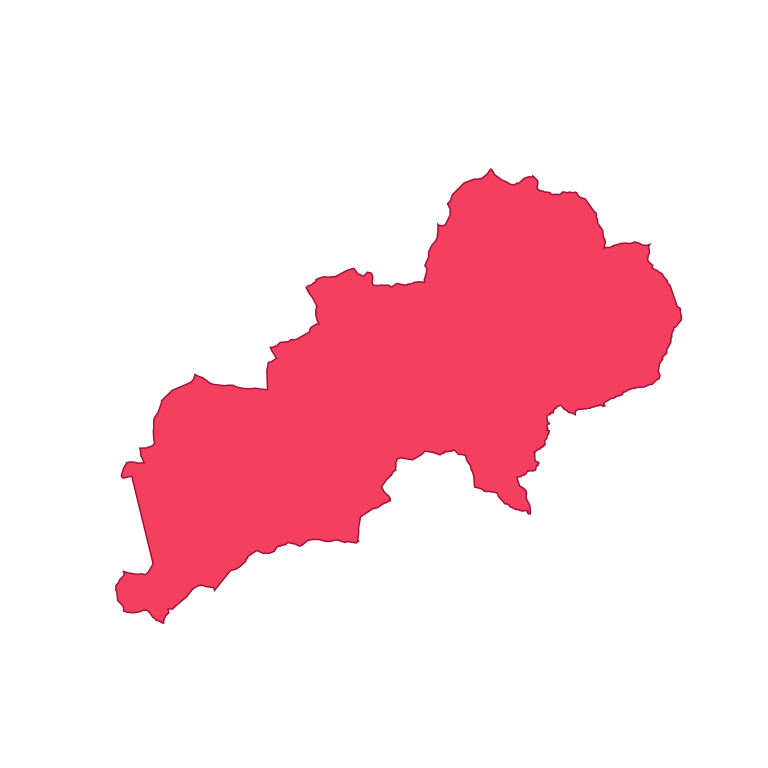 Sekyere South, Ashanti, Ghana, rotated 258°
{"feature_id": "2480657B66267254954762", "entity_name": "Sekyere South", "entity_type": "district", "adm_level": 2, "iso_a3": "GHA", "parent_name": "Ghana", "parent_adm1": "Ashanti", "projection": "robinson", "projection_center": [-1.514, 6.995], "detail": "fine", "context": "isolated", "style": "filled", "palette": "rose", "viewbox_px": 768, "rotation_deg": 258, "n_neighbors": 0, "source": "geoboundaries", "source_scale": "gbopen_adm2", "svg_char_len": 6153}
<svg xmlns="http://www.w3.org/2000/svg" viewBox="0 0 768 768"><g transform="rotate(258 384 384)"><path d="M358.9,667.7L364.9,673.1L368.7,674.1L370.5,675.4L372.3,675.6L375.0,676.9L376.0,678.3L379.0,679.3L379.2,681.3L384.9,688.1L387.0,688.8L393.6,689.0L395.5,689.5L396.4,689.4L398.7,687.0L420.6,684.3L424.1,682.4L426.4,682.5L429.5,680.5L433.7,679.0L435.7,677.3L436.9,675.4L438.6,674.7L439.0,673.4L441.7,670.4L444.2,671.5L448.3,668.3L450.6,667.7L454.7,669.1L457.0,671.0L463.6,671.4L465.3,673.0L464.9,669.9L466.2,665.6L468.5,663.1L470.8,659.1L470.2,654.2L471.6,649.5L472.3,644.4L471.7,642.0L472.0,640.7L471.5,636.3L470.5,633.8L471.5,629.3L471.3,627.5L476.8,630.1L479.7,629.9L482.1,629.1L488.9,629.8L496.8,626.5L501.0,627.1L503.0,626.0L504.7,626.9L506.7,627.1L510.1,624.9L522.5,619.6L523.4,619.0L525.7,614.6L528.3,613.0L530.8,612.4L531.8,611.0L532.0,608.0L533.2,605.1L532.8,603.7L534.7,599.1L532.8,595.4L534.2,589.8L534.2,588.2L534.9,587.0L536.9,585.9L538.4,581.0L539.7,579.5L540.7,576.7L542.9,574.6L545.7,575.0L547.9,576.2L551.0,576.5L556.7,572.8L555.7,571.6L556.6,569.0L556.2,564.2L552.1,557.3L552.9,556.1L551.7,552.7L553.0,549.1L555.8,546.3L558.8,542.0L565.4,536.0L567.0,535.2L569.3,534.8L572.1,533.3L570.9,531.5L568.1,528.9L564.8,522.2L565.0,517.6L565.6,514.6L564.0,504.2L554.8,490.1L549.4,487.0L547.1,483.6L541.6,485.0L535.8,484.0L526.9,477.0L526.7,473.5L527.9,470.6L529.0,470.0L522.0,468.5L515.5,466.2L512.6,463.5L509.8,459.7L504.7,455.7L502.2,454.7L499.1,454.2L491.8,448.8L490.8,448.7L488.0,450.0L483.0,448.1L477.4,445.0L475.4,445.1L475.1,444.6L476.5,440.4L477.1,435.3L476.5,432.3L476.6,427.7L476.1,427.3L476.8,423.9L479.7,417.6L477.1,411.5L479.5,409.3L480.0,407.8L480.8,403.0L481.4,401.6L481.5,399.0L482.7,394.2L483.7,393.7L486.7,393.7L488.7,394.7L492.4,395.4L495.3,394.3L496.8,390.9L494.4,387.7L494.0,386.4L494.4,384.9L495.9,383.6L497.0,381.4L503.4,378.6L502.9,371.7L499.2,358.7L500.1,351.5L501.4,347.5L500.9,342.3L500.1,339.1L499.1,339.0L497.9,337.8L497.6,336.0L496.2,334.2L495.6,329.2L494.3,327.9L487.9,329.8L482.9,332.1L475.6,334.2L473.4,334.2L470.2,332.6L465.3,331.6L459.4,332.0L456.3,332.8L456.6,330.1L454.9,325.0L452.8,322.7L450.4,322.1L446.0,307.8L445.9,305.8L446.8,302.2L445.3,299.4L446.2,291.1L443.9,287.5L443.1,282.6L443.5,280.5L439.8,281.2L431.5,284.1L429.1,278.0L429.2,275.4L421.5,272.2L402.7,268.9L405.0,261.4L406.6,257.6L407.2,251.9L408.6,246.6L410.9,240.6L414.2,235.7L415.0,232.6L415.5,227.6L419.3,216.5L421.2,213.8L427.5,208.4L430.2,203.9L432.5,201.1L427.6,198.2L426.0,195.4L424.8,190.8L421.9,175.7L414.0,163.0L411.8,162.4L403.2,157.1L398.9,152.6L396.5,151.2L389.0,149.7L385.7,148.5L376.8,147.2L374.0,147.4L372.0,145.2L371.4,142.8L370.9,137.7L372.0,131.9L368.8,131.9L364.7,131.3L356.9,133.1L357.6,127.5L359.6,123.0L360.5,119.6L360.6,116.1L355.7,111.7L348.6,107.9L346.2,109.0L346.3,118.1L256.1,120.8L249.0,114.3L247.7,112.3L247.2,110.7L248.6,107.7L249.1,103.5L250.1,100.1L251.4,97.4L251.8,95.8L254.8,90.1L252.1,90.3L250.7,89.7L247.5,84.8L244.6,82.8L243.6,80.9L242.6,80.0L238.3,78.8L236.1,79.4L227.6,78.5L221.0,82.6L218.6,82.7L216.2,82.0L214.1,85.4L212.3,91.3L212.0,97.2L212.8,101.9L211.8,105.3L208.9,107.4L204.0,109.3L202.7,110.7L199.9,112.3L199.4,114.2L196.6,117.1L195.9,118.7L198.5,119.3L202.5,122.0L205.0,125.9L208.8,125.9L207.9,130.4L210.8,135.1L216.8,146.5L222.5,153.4L224.2,156.4L225.3,160.6L225.1,163.9L222.6,168.3L220.6,174.4L219.2,175.3L217.3,175.3L233.3,194.8L233.9,201.4L235.4,205.2L239.2,211.7L240.8,212.5L242.2,214.3L243.6,215.0L247.4,224.3L247.3,225.3L243.5,230.6L242.3,236.7L243.1,241.9L246.8,245.5L247.3,246.6L246.9,248.7L247.5,250.7L247.3,254.2L249.0,256.8L245.8,264.0L242.9,267.8L243.2,269.9L246.9,277.1L246.6,283.1L245.2,288.7L242.9,292.7L241.6,296.5L241.2,300.5L241.6,303.6L240.8,306.5L237.1,313.0L237.5,315.6L234.3,323.6L235.5,326.5L236.5,325.8L243.1,328.1L248.8,329.3L258.9,333.4L264.3,347.0L264.2,350.2L264.5,352.5L266.6,356.9L268.6,365.9L270.7,366.2L273.8,365.1L276.0,363.2L278.8,361.6L284.0,360.2L289.8,366.5L293.5,372.5L296.3,374.6L297.4,377.7L299.4,377.6L300.5,378.5L304.6,379.2L305.9,380.4L307.7,380.8L308.4,384.6L303.9,396.4L307.3,406.4L309.9,410.0L306.8,417.9L303.0,424.1L304.0,426.2L303.8,428.0L304.9,428.8L304.3,436.5L304.8,439.2L299.6,442.3L298.6,446.2L297.1,448.5L295.4,449.4L294.8,449.4L294.6,448.8L291.1,449.4L286.2,451.5L282.0,451.5L279.2,452.4L275.0,452.6L264.4,451.2L262.0,456.1L259.7,459.1L258.3,459.7L257.3,462.6L257.2,464.8L256.1,466.3L255.6,468.5L254.1,471.7L252.6,472.4L250.1,472.5L244.3,476.1L242.1,476.9L241.1,478.4L241.4,479.5L239.9,480.7L239.6,481.5L238.0,481.5L233.6,487.2L233.7,488.9L232.5,489.9L231.1,492.6L230.6,496.7L229.6,498.0L228.3,497.6L227.0,498.4L226.5,499.9L227.6,500.5L234.9,501.4L241.7,499.5L243.8,499.4L246.8,500.6L248.8,500.8L250.0,500.7L252.9,499.0L256.2,495.4L265.3,494.5L265.0,498.6L265.8,499.7L265.8,502.3L266.6,504.0L268.8,506.1L268.7,509.3L268.0,511.8L268.2,513.7L268.8,514.6L270.5,515.1L272.6,516.7L272.3,517.7L273.8,518.2L274.6,519.1L275.3,519.0L276.5,516.8L278.1,515.8L285.0,517.0L285.8,516.4L286.2,518.1L287.1,518.9L287.1,519.8L288.3,521.6L288.0,523.3L289.2,523.8L288.9,524.3L289.8,526.9L290.7,527.0L290.7,528.3L291.5,529.1L295.0,529.3L297.3,532.1L299.6,532.9L300.6,533.8L300.6,534.5L302.1,534.7L302.3,535.4L303.9,535.9L305.2,534.0L305.4,534.4L306.2,534.2L306.7,535.0L307.7,534.4L310.2,535.3L311.1,536.4L310.6,537.4L310.9,537.7L313.0,535.9L314.1,536.4L316.0,536.0L318.8,536.7L319.7,538.4L319.6,540.2L320.8,540.7L320.7,542.1L321.5,542.4L321.4,543.3L320.9,543.4L321.5,544.1L322.6,544.1L324.6,546.3L324.6,547.5L326.0,548.6L326.4,551.9L325.7,553.1L321.8,555.0L320.6,556.8L317.6,558.9L316.5,562.0L314.2,564.6L318.2,566.0L318.2,567.4L318.9,568.3L317.6,577.4L317.9,579.0L317.4,580.2L318.2,582.6L317.9,584.5L318.4,587.0L318.1,588.4L318.5,591.4L316.7,593.6L316.6,595.4L317.5,595.5L318.8,594.4L319.4,594.6L322.7,603.2L322.3,605.4L322.9,607.8L323.7,607.8L323.6,612.2L324.1,614.5L326.2,616.6L326.2,618.5L327.1,620.7L328.0,625.7L327.7,628.8L328.0,630.3L327.0,638.0L328.2,643.7L327.9,646.1L330.9,650.8L332.2,654.5L334.9,655.7L339.6,654.9L346.6,657.8L350.6,662.0L352.4,661.7L354.2,665.1L355.9,667.1L358.9,667.7Z" fill="#f43f5e" stroke="#9f1239" stroke-width="1.5"/></g></svg>